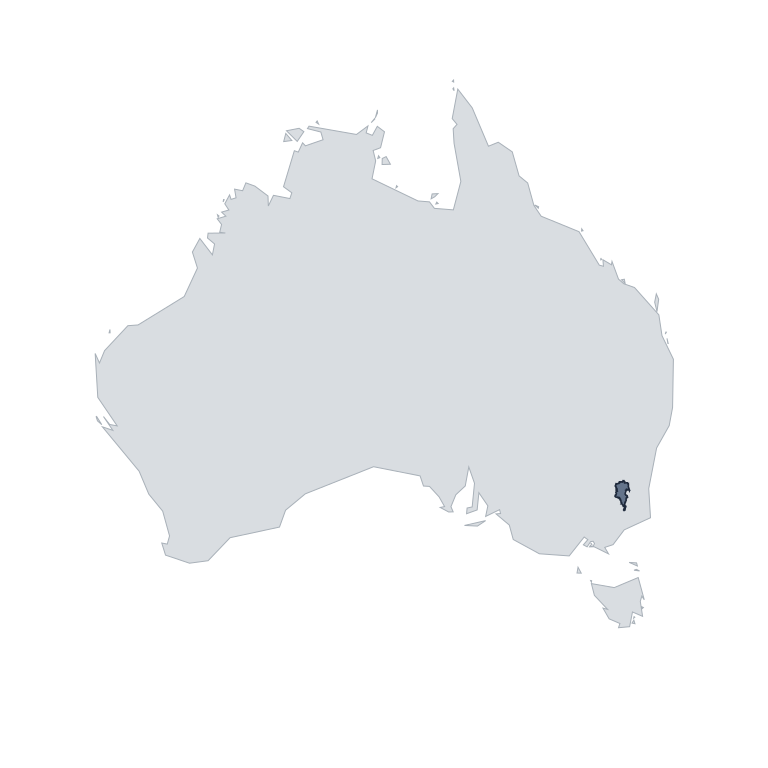 location of Snowy Valleys, New South Wales, Australia, rotated 349°
{"feature_id": "25037944B29882714445476", "entity_name": "Snowy Valleys", "entity_type": "district", "adm_level": 2, "iso_a3": "AUS", "parent_name": "Australia", "parent_adm1": "New South Wales", "projection": "natural_earth1", "projection_center": [148.158, -35.943], "detail": "fine", "context": "in_parent", "style": "filled", "palette": "slate", "viewbox_px": 768, "rotation_deg": 349, "n_neighbors": 0, "source": "geoboundaries", "source_scale": "gbopen_adm2", "svg_char_len": 8310}
<svg xmlns="http://www.w3.org/2000/svg" viewBox="0 0 768 768"><g transform="rotate(349 384 384)"><path d="M523.3,129.8L531.9,170.5L542.3,168.5L554.2,180.6L556.3,205.5L563.4,214.1L565.2,237.3L570.3,249.3L604.5,271.7L618.0,308.4L621.9,310.3L622.6,303.8L630.0,310.4L631.2,307.2L634.2,325.8L638.6,331.4L648.3,337.1L667.0,368.6L666.1,389.6L672.8,414.9L662.8,462.1L656.0,479.3L639.4,498.8L623.9,537.2L620.1,566.1L592.0,573.0L578.2,585.4L569.5,586.5L572.0,593.6L558.3,583.2L560.2,580.8L559.3,578.3L556.8,578.1L552.3,582.6L549.0,579.9L554.4,575.7L551.3,572.4L533.0,588.1L504.1,580.3L481.2,561.3L480.1,546.4L469.2,532.9L473.7,533.4L473.5,529.4L458.5,533.4L462.7,523.4L456.4,508.8L451.4,525.4L440.3,527.1L441.9,521.6L447.1,521.5L453.9,498.7L451.4,481.6L444.3,499.6L433.4,506.4L426.3,517.2L427.5,522.7L423.1,522.0L415.6,515.9L420.1,515.9L416.5,505.2L409.1,493.2L403.3,491.7L401.9,481.1L358.0,463.2L285.8,476.8L263.3,489.1L254.1,504.5L203.6,505.5L177.6,523.9L158.9,522.8L136.9,510.3L135.5,497.7L140.7,499.8L144.5,492.2L142.5,466.6L132.1,447.2L127.0,422.9L99.4,372.3L109.0,377.8L102.4,362.4L107.0,371.4L114.1,374.2L100.5,342.5L106.3,298.9L108.7,309.1L116.1,297.9L143.7,277.9L153.8,279.1L204.6,260.0L223.0,234.6L221.1,217.9L231.0,206.0L240.2,224.5L244.4,214.2L238.6,207.0L240.1,202.4L257.1,205.5L251.7,203.7L255.0,196.4L251.8,190.0L260.8,189.1L257.4,184.3L264.9,183.6L262.1,176.7L268.5,168.9L269.1,173.6L274.3,173.0L274.5,164.2L282.1,167.3L286.8,160.2L295.0,165.1L306.0,177.3L304.4,187.2L311.5,177.7L327.0,184.0L330.0,178.7L323.0,171.2L340.5,137.9L344.1,140.0L350.1,131.7L352.3,135.2L370.8,132.6L370.1,124.6L357.6,118.7L359.6,116.6L404.6,133.8L417.5,127.6L414.4,134.1L420.0,137.7L426.6,129.8L432.6,136.5L425.7,151.4L417.9,152.7L418.4,163.4L411.4,180.3L452.3,210.8L463.4,213.9L467.0,221.2L485.3,226.3L498.1,199.8L498.7,161.1L500.6,146.6L505.2,143.1L501.6,136.5L512.7,108.6L523.3,129.8ZM549.5,619.5L571.1,627.8L596.6,622.5L598.3,645.5L596.6,641.4L594.1,646.3L593.5,661.4L584.4,655.2L578.8,669.1L567.7,668.0L569.9,664.1L560.2,657.5L556.2,645.8L560.5,647.9L550.2,631.6L549.5,619.5ZM336.6,116.8L349.5,116.8L353.5,121.0L345.1,129.3L336.6,116.8ZM436.0,538.2L457.7,537.5L448.6,541.3L436.0,538.2ZM429.5,161.2L432.2,169.5L424.0,168.2L425.3,162.3L429.5,161.2ZM665.8,365.0L665.3,355.4L668.5,347.5L669.8,353.2L665.8,365.0ZM590.6,605.9L597.8,607.8L598.0,611.0L590.6,605.9ZM335.4,119.3L340.0,127.4L331.8,126.9L335.4,119.3ZM541.5,607.3L537.4,606.4L539.5,600.9L541.5,607.3ZM473.3,207.4L469.5,209.9L465.6,211.2L467.5,206.6L473.3,207.4ZM99.2,370.1L95.7,365.5L95.2,361.2L95.7,361.0L99.2,370.1ZM596.4,614.1L599.2,616.3L593.9,614.5L596.4,614.1ZM637.0,327.0L639.9,327.0L639.9,331.2L637.0,327.0ZM566.1,237.0L569.6,239.5L569.0,240.9L566.1,237.0ZM584.2,663.5L584.6,667.2L581.8,666.0L584.2,663.5ZM670.5,393.2L670.7,398.5L670.4,398.4L670.5,393.2ZM369.4,116.4L367.2,114.2L368.6,113.0L369.4,116.4ZM429.3,116.8L426.3,121.0L429.9,113.7L429.3,116.8ZM671.1,387.0L669.6,388.7L670.6,386.8L671.1,387.0ZM435.0,192.9L433.2,193.7L434.2,191.7L435.0,192.9ZM423.1,161.0L420.9,161.4L422.2,158.9L423.1,161.0ZM125.4,278.2L124.9,281.5L123.9,281.3L125.4,278.2ZM508.9,106.6L508.8,109.5L507.9,107.4L508.9,106.6ZM556.8,579.5L557.4,581.3L556.7,580.7L556.8,579.5ZM425.5,122.2L421.3,125.0L425.6,121.5L425.5,122.2ZM262.3,172.6L260.8,174.6L261.7,172.3L262.3,172.6ZM585.7,660.8L584.4,661.5L585.1,660.1L585.7,660.8ZM471.6,217.2L469.2,217.2L470.5,215.5L471.6,217.2ZM254.1,187.6L253.0,188.8L252.8,186.1L254.1,187.6ZM596.0,652.9L594.2,654.0L594.7,651.9L596.0,652.9ZM510.3,98.9L510.0,100.9L508.8,99.9L510.3,98.9ZM555.8,581.9L557.7,583.6L554.6,583.1L555.8,581.9ZM608.6,271.5L607.1,271.6L607.7,269.4L608.6,271.5ZM621.2,303.4L620.4,303.5L621.0,301.7L621.2,303.4ZM550.3,616.7L549.8,618.1L549.3,616.3L550.3,616.7Z" fill="#d9dde1" stroke="#a8b0b8" stroke-width="1"/><path d="M591.7,527.8L591.6,528.0L591.5,528.4L591.6,528.5L591.7,528.8L591.9,529.1L592.1,529.1L592.2,529.4L592.3,529.5L592.2,529.8L592.3,530.0L592.4,530.3L592.2,530.2L592.2,530.6L591.9,530.5L591.9,530.8L592.1,530.8L592.1,531.3L592.3,531.3L592.4,531.8L592.7,531.8L592.7,532.0L592.4,532.0L592.7,532.4L592.7,532.5L592.2,532.4L591.8,532.2L591.8,532.3L591.6,532.3L591.5,532.6L592.3,533.8L592.0,533.8L591.9,534.0L591.6,533.9L591.2,534.1L591.1,534.3L590.9,534.7L591.0,534.8L591.0,535.0L591.0,535.3L591.2,535.7L591.1,535.9L591.2,536.0L591.0,536.3L591.0,536.5L590.9,536.6L590.5,536.8L590.6,537.0L590.4,537.2L590.4,537.3L590.0,537.2L589.7,537.3L589.6,537.6L589.7,538.0L589.4,538.2L589.5,538.6L589.4,538.7L589.5,538.9L589.4,539.0L589.7,538.8L589.8,539.1L590.1,539.3L590.6,539.4L590.6,539.5L591.0,539.5L591.4,539.7L591.5,539.8L591.5,539.7L591.6,539.9L591.8,539.8L592.1,540.1L592.3,540.0L592.3,539.9L592.5,540.0L592.4,540.1L592.5,540.1L592.5,540.5L592.8,540.7L592.6,540.7L592.6,540.8L592.8,540.9L593.1,540.8L593.3,540.7L593.3,540.9L593.4,540.7L593.4,540.8L593.5,540.8L593.7,541.0L593.6,541.3L593.4,541.5L593.6,541.6L593.6,541.8L593.7,541.7L593.6,541.9L593.7,542.0L593.8,542.4L594.1,542.5L594.1,542.4L594.2,542.5L594.1,542.8L594.1,543.0L594.0,543.3L594.3,543.6L594.2,543.8L594.2,544.0L594.1,544.3L594.2,544.5L594.2,544.8L594.2,545.0L594.3,545.2L594.2,545.3L594.5,545.5L594.4,545.6L594.5,545.8L594.3,546.0L594.2,546.3L594.3,546.3L594.2,546.5L594.3,546.6L594.2,546.7L594.3,546.7L594.4,546.8L594.5,546.9L594.4,547.0L594.5,547.1L594.8,547.2L594.9,547.5L594.9,547.8L595.4,548.0L595.3,548.3L595.3,548.5L595.5,548.6L595.5,548.8L595.6,549.0L595.4,549.4L595.5,549.7L595.8,549.6L595.8,549.8L596.0,549.8L596.3,549.9L596.3,550.0L596.5,550.1L596.6,550.5L596.6,550.9L596.7,551.0L596.5,551.3L596.4,551.4L596.4,551.5L596.2,551.7L596.3,551.8L596.1,552.0L595.9,552.2L595.5,552.6L595.5,552.8L595.4,552.9L595.4,553.0L595.2,553.1L595.1,553.5L595.3,553.8L595.4,553.6L595.7,553.6L595.8,553.5L596.2,553.6L596.2,553.8L596.3,553.8L596.4,553.6L596.5,553.6L596.5,553.2L596.5,552.9L596.9,552.8L597.0,552.5L596.9,552.4L597.0,552.1L597.2,551.7L597.1,551.4L597.1,550.7L597.5,550.6L597.7,550.4L597.9,550.5L597.9,550.3L598.0,550.2L597.8,550.1L597.6,549.7L597.4,549.6L597.4,549.4L597.1,549.3L597.3,549.0L597.1,548.7L597.3,548.6L597.3,548.3L597.4,547.9L597.4,547.5L597.6,547.0L597.9,546.9L597.9,546.7L598.0,546.8L598.2,546.6L598.3,546.4L598.5,546.2L598.6,545.9L598.7,545.7L598.8,545.6L598.8,545.3L598.8,545.2L599.1,545.0L599.3,544.8L599.4,544.5L599.5,544.5L599.6,544.4L599.7,544.1L599.5,543.6L599.7,543.2L599.8,543.0L599.9,542.6L600.0,542.5L599.9,542.2L600.0,542.1L600.3,542.0L600.3,541.9L600.5,541.8L600.7,541.5L600.9,541.6L601.0,541.7L601.3,541.9L601.5,541.7L601.3,541.5L601.5,541.3L601.5,541.2L601.3,540.8L601.4,540.4L601.4,540.1L601.1,540.1L601.1,539.9L600.9,539.8L600.8,539.7L600.5,539.5L600.3,539.1L600.1,539.1L600.2,538.6L599.7,538.3L599.8,537.9L599.8,537.7L599.9,537.3L600.0,537.1L600.1,536.9L600.3,536.5L600.5,536.3L600.7,536.0L600.9,535.7L601.0,535.3L601.3,535.0L601.3,534.8L601.5,534.7L601.4,534.6L601.6,534.6L601.5,534.4L601.6,534.1L601.8,533.8L601.7,533.6L601.8,533.5L602.2,533.5L602.2,533.8L602.6,534.1L602.9,534.3L603.0,534.2L603.3,534.3L603.6,534.4L603.9,534.7L604.0,534.7L604.1,534.9L604.3,535.0L604.5,535.6L604.6,535.3L604.8,535.2L604.5,534.9L604.7,534.6L604.7,534.4L604.6,534.2L604.3,534.2L604.5,533.7L604.4,533.5L604.3,533.3L604.6,533.0L604.3,532.7L604.3,532.3L604.3,532.0L604.2,531.5L604.4,531.3L604.3,531.0L604.4,530.8L604.4,530.5L604.6,530.3L604.6,530.1L604.7,529.9L604.7,529.7L604.8,529.5L604.8,529.4L604.8,529.2L604.7,529.1L604.6,528.8L604.7,528.6L604.8,528.4L604.2,528.4L604.3,527.7L604.1,527.5L604.1,527.4L603.1,527.2L603.0,527.3L602.2,527.2L601.2,527.1L601.2,526.9L601.5,526.8L601.6,526.5L601.7,526.3L601.6,526.1L601.7,525.9L601.7,525.7L601.3,525.3L601.2,525.3L600.9,525.1L601.0,524.7L600.9,524.7L600.2,524.4L600.1,524.5L600.1,525.0L600.0,525.6L599.5,525.8L599.4,525.6L599.1,525.6L599.2,525.4L598.5,525.3L598.4,525.4L598.2,525.3L598.0,525.2L597.7,525.1L597.2,525.0L596.8,524.9L596.4,524.9L596.4,525.0L596.5,525.1L596.6,525.4L596.7,525.5L596.8,525.8L596.4,525.9L596.4,526.0L596.2,526.2L596.0,526.3L595.9,526.2L595.8,526.4L595.7,526.4L595.4,526.2L595.3,526.5L595.2,526.5L594.8,526.3L594.5,526.4L594.2,526.4L593.6,526.3L593.2,526.2L593.4,526.6L593.1,526.7L593.1,526.9L592.8,526.9L592.7,527.0L592.3,526.9L592.2,527.1L592.3,527.2L592.2,527.4L592.0,527.6L591.9,527.7L591.9,527.8L591.7,527.8Z" fill="#64748b" stroke="#1e293b" stroke-width="1.5"/></g></svg>